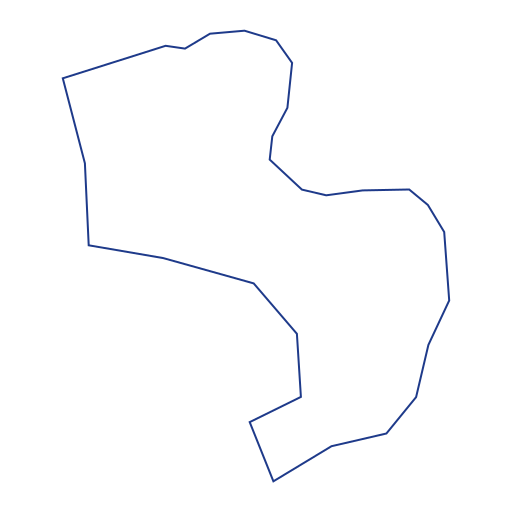 map outline of Royal Borough of Windsor and Maidenhead (Albers equal-area conic projection)
{"feature_id": "GBR-5703", "entity_name": "Royal Borough of Windsor and Maidenhead", "entity_type": "Unitary Authority", "adm_level": 1, "iso_a3": "GBR", "parent_name": "United Kingdom", "parent_adm1": "", "projection": "albers", "projection_center": [-0.692, 51.465], "detail": "fine", "context": "isolated", "style": "outline", "palette": "blue", "viewbox_px": 512, "rotation_deg": 0, "n_neighbors": 0, "source": "natural_earth", "source_scale": "10m", "svg_char_len": 476}
<svg xmlns="http://www.w3.org/2000/svg" viewBox="0 0 512 512"><path d="M244.5,30.7L276.1,40.3L292.1,62.9L287.4,107.8L272.3,136.3L269.7,159.6L301.9,189.6L326.2,195.3L362.7,190.4L409.2,189.5L427.9,205.0L444.2,232.0L449.2,300.5L428.4,344.9L416.1,397.1L386.4,433.5L331.5,446.2L273.4,481.3L249.7,422.1L300.9,396.9L296.9,333.8L253.7,283.4L163.3,258.1L88.7,245.3L84.9,163.3L62.8,78.3L165.6,45.8L185.0,48.6L210.0,33.7L244.5,30.7Z" fill="none" stroke="#1e3a8a" stroke-width="2"/></svg>